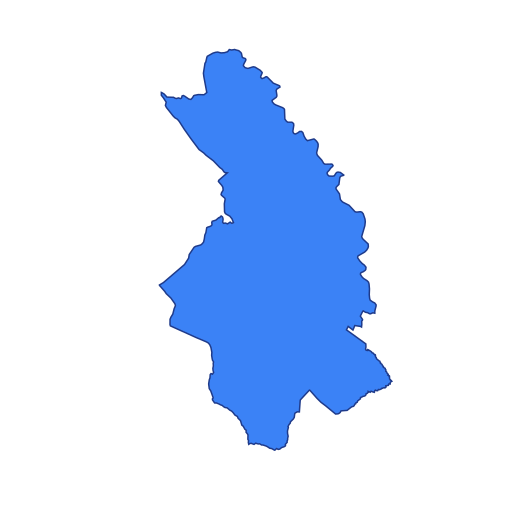 Chon Thanh, Bình Phước, Vietnam, rotated 318°
{"feature_id": "81297802B36298380371063", "entity_name": "Chon Thanh", "entity_type": "district", "adm_level": 2, "iso_a3": "VNM", "parent_name": "Vietnam", "parent_adm1": "Bình Phước", "projection": "equal_earth", "projection_center": [106.663, 11.479], "detail": "fine", "context": "isolated", "style": "filled", "palette": "blue", "viewbox_px": 512, "rotation_deg": 318, "n_neighbors": 0, "source": "geoboundaries", "source_scale": "gbopen_adm2", "svg_char_len": 6125}
<svg xmlns="http://www.w3.org/2000/svg" viewBox="0 0 512 512"><g transform="rotate(318 256 256)"><path d="M256.3,437.5L257.6,437.1L258.3,438.0L260.4,438.7L261.0,438.5L261.5,439.0L262.2,439.1L263.3,439.7L263.5,440.3L264.8,440.4L265.6,439.4L266.0,439.9L266.9,440.0L267.8,440.7L269.1,440.0L270.1,440.9L270.9,440.0L272.3,439.7L273.1,440.0L273.2,438.8L272.8,438.3L273.1,437.6L273.0,436.7L274.0,435.6L274.2,434.8L274.8,434.7L274.9,434.3L274.3,432.8L274.9,432.7L275.1,432.4L275.0,430.8L275.5,429.6L275.3,428.5L276.3,427.6L276.3,426.8L276.8,425.9L276.2,424.1L276.3,423.6L276.8,423.3L276.6,422.5L277.1,420.7L276.7,419.0L277.2,418.6L277.2,417.8L277.6,417.1L277.3,416.4L276.8,413.0L277.4,411.9L277.3,410.9L278.1,410.1L278.1,409.1L278.5,409.0L278.0,407.9L278.1,406.5L277.5,405.6L277.7,404.5L277.1,402.0L276.8,401.8L276.7,400.8L276.5,400.5L276.2,401.0L275.8,401.0L275.4,400.2L274.9,400.0L274.8,399.6L275.1,398.5L276.8,397.2L278.8,394.8L273.8,371.4L277.4,370.0L278.5,375.9L282.9,373.8L286.5,378.2L286.9,379.4L288.8,377.7L291.0,375.1L292.0,375.0L292.7,374.5L293.3,370.5L298.3,368.5L299.0,368.6L299.5,370.5L299.9,371.4L301.0,372.7L301.7,374.8L302.4,375.6L304.8,376.4L306.0,378.0L307.6,376.3L311.8,373.5L312.6,372.6L312.8,370.3L311.9,368.0L311.3,365.2L312.1,363.5L314.3,360.5L318.3,356.4L321.3,352.4L322.1,350.7L322.0,348.6L320.9,344.7L320.8,342.4L321.2,339.7L322.1,338.8L323.0,338.7L325.4,339.5L327.7,339.7L328.5,339.5L330.1,338.1L330.3,337.6L330.4,335.0L329.9,332.7L329.8,329.3L330.3,325.4L331.2,324.5L332.0,324.2L339.4,325.8L342.1,325.7L344.7,324.9L345.9,324.1L347.4,322.1L346.8,315.1L347.0,313.5L347.5,312.3L357.2,306.3L360.1,303.7L361.7,301.5L363.9,296.4L364.0,294.3L363.3,293.0L360.1,290.7L359.2,289.3L359.1,280.6L356.6,274.2L356.4,273.1L356.5,270.5L359.6,265.7L360.3,260.0L360.8,259.1L361.5,258.6L362.8,258.4L365.5,258.3L370.9,253.7L372.6,253.5L375.1,254.7L375.4,254.6L374.6,250.4L373.1,248.5L371.9,247.9L370.6,248.0L367.9,248.8L366.5,248.1L363.8,245.5L363.6,243.6L364.0,242.4L364.5,241.8L365.1,241.5L368.3,241.2L369.9,240.7L373.0,240.7L373.8,240.3L374.0,238.9L373.7,238.3L369.2,234.4L368.5,233.5L368.3,232.3L369.0,228.9L369.0,222.4L369.5,220.9L370.2,219.8L375.3,216.3L377.0,214.5L377.5,213.4L377.8,211.4L377.7,209.3L377.4,207.8L371.4,204.7L371.2,202.3L371.9,199.2L373.4,195.6L373.2,193.9L371.7,192.6L369.6,192.5L367.1,191.8L366.3,190.8L366.1,189.7L366.8,188.0L371.6,184.1L372.5,182.8L372.4,181.1L372.0,180.4L369.1,177.8L368.8,176.0L369.1,173.5L375.2,166.2L375.4,165.3L375.1,163.7L371.8,157.0L371.2,155.2L371.2,152.5L372.1,151.1L377.2,151.6L378.2,151.3L379.1,150.5L381.7,146.5L383.2,145.9L386.9,146.5L387.4,145.3L384.5,139.1L384.1,130.6L383.8,129.8L383.0,129.3L381.4,129.1L379.2,128.2L379.0,127.1L379.1,126.2L380.0,125.5L382.7,124.3L383.4,123.7L383.4,120.8L381.7,115.1L380.8,113.8L379.9,113.2L375.9,111.4L375.2,110.8L373.9,108.7L373.9,106.3L374.2,105.9L375.3,105.2L379.2,103.8L380.1,103.0L380.1,101.9L379.0,100.1L378.9,98.9L380.8,95.6L380.9,94.4L380.6,91.9L378.5,88.7L378.4,88.3L375.7,86.6L374.3,84.7L371.6,85.2L368.6,83.8L365.9,81.7L364.0,78.8L362.1,77.5L359.7,76.4L353.5,75.0L352.5,75.4L348.4,78.3L347.1,78.6L339.2,85.0L337.2,87.9L328.8,101.6L325.3,101.4L321.1,97.4L317.9,95.5L317.0,95.2L314.6,95.9L312.4,96.1L311.1,94.4L310.0,89.7L309.4,88.1L308.2,87.6L306.2,88.8L305.3,88.6L304.1,86.6L302.3,85.8L301.5,84.7L300.9,82.9L296.2,78.4L296.1,74.1L295.3,71.5L295.1,71.1L293.2,73.2L293.0,76.4L292.2,81.6L289.4,83.5L288.8,85.7L288.1,96.2L288.2,98.9L289.1,101.8L289.0,104.7L287.5,113.7L286.1,125.5L284.9,138.8L286.1,144.3L286.3,147.9L288.0,156.7L288.3,165.9L288.9,169.1L288.5,172.1L288.7,173.2L290.3,175.0L278.9,174.8L277.9,175.5L277.8,180.6L277.4,182.7L275.6,185.1L272.8,185.9L271.2,186.9L271.0,187.8L271.5,192.1L271.1,193.1L267.4,196.0L262.2,202.1L261.7,203.6L261.8,204.8L263.2,208.9L263.0,212.3L261.6,216.1L260.0,215.6L259.7,215.1L259.5,213.5L256.4,213.1L255.2,210.9L253.9,210.2L253.7,209.8L253.9,208.5L255.9,206.9L256.7,205.8L257.2,204.5L256.9,203.0L255.9,202.8L255.2,203.2L254.5,203.1L254.0,202.6L250.2,202.5L246.7,200.9L245.4,201.6L244.6,202.9L243.8,203.5L242.2,203.5L239.3,202.2L238.3,202.0L234.4,205.1L232.0,206.2L228.9,208.8L226.3,210.6L224.0,210.9L222.3,210.8L217.5,208.4L215.8,208.1L207.4,210.2L204.5,212.5L197.2,214.5L169.4,213.8L164.8,212.9L164.6,213.3L164.5,221.2L164.1,223.9L164.6,230.4L163.8,237.1L163.2,238.5L162.7,239.1L159.9,240.4L155.3,243.5L151.9,244.5L149.8,245.5L146.2,249.4L145.6,250.6L156.9,276.4L161.7,286.7L162.4,288.9L162.2,291.2L161.3,293.8L158.7,298.1L156.6,300.1L154.7,303.0L153.9,304.4L153.7,306.0L153.5,306.4L152.5,307.0L150.7,309.2L148.8,310.6L147.5,312.3L146.6,314.2L144.6,314.7L143.9,313.3L142.6,313.5L140.2,315.8L138.5,316.7L135.2,319.4L132.5,323.3L132.1,326.0L129.4,332.5L128.9,332.9L128.0,333.0L127.4,333.8L126.9,337.5L128.3,338.8L129.5,341.3L130.1,343.0L130.9,344.4L131.1,346.3L131.6,347.9L132.8,349.3L133.0,350.0L133.4,353.1L134.1,354.9L134.2,357.0L133.9,360.1L134.8,362.8L134.1,364.6L134.3,368.0L132.3,372.2L132.6,374.0L131.8,377.3L132.1,379.0L130.7,380.3L130.6,382.4L130.3,383.6L127.3,386.8L127.0,388.1L125.5,389.5L124.6,391.1L126.0,391.3L127.0,391.9L128.5,394.7L130.5,394.9L131.9,397.2L133.0,397.9L133.7,400.2L134.7,401.1L136.3,403.9L136.8,405.1L137.6,408.1L138.8,409.6L139.8,412.6L140.1,412.9L142.5,412.9L143.1,414.6L144.4,415.4L146.8,415.5L149.4,416.6L150.7,416.8L151.0,416.7L151.8,415.6L154.5,415.3L155.3,414.3L156.5,413.8L157.4,412.8L159.3,411.4L160.7,409.0L162.3,407.1L165.4,405.0L165.6,404.2L167.6,403.4L169.7,403.1L170.6,402.3L174.7,402.1L176.5,401.5L179.3,399.1L180.0,398.9L182.4,399.4L183.9,400.9L192.0,393.1L192.7,392.6L205.9,391.4L206.1,391.6L206.2,392.1L206.1,402.6L206.4,408.2L207.5,413.9L209.4,426.7L211.4,428.2L212.3,428.5L213.8,428.6L215.6,428.0L220.4,431.7L226.2,432.1L227.8,432.9L228.7,432.9L230.6,432.2L231.2,432.5L231.9,432.0L233.4,432.4L234.6,431.7L238.0,432.0L239.0,431.1L240.8,431.8L241.4,431.8L242.3,432.4L243.7,432.9L244.8,432.7L245.8,432.0L246.7,432.5L247.8,432.4L248.7,431.7L248.8,432.6L249.3,432.7L249.7,433.7L251.0,433.5L252.2,435.8L252.8,435.9L252.9,436.4L254.1,435.6L254.9,435.5L255.6,436.9L256.3,437.5Z" fill="#3b82f6" stroke="#1e3a8a" stroke-width="1.5"/></g></svg>